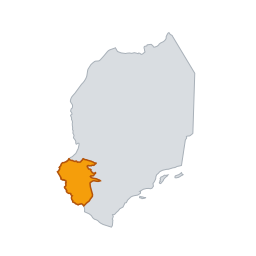 Ruvuma highlighted on a map of United Republic of Tanzania, rotated 59°
{"feature_id": "TZA-3389", "entity_name": "Ruvuma", "entity_type": "Region", "adm_level": 1, "iso_a3": "TZA", "parent_name": "United Republic of Tanzania", "parent_adm1": "", "projection": "natural_earth1", "projection_center": [36.042, -10.46], "detail": "fine", "context": "in_parent", "style": "filled", "palette": "amber", "viewbox_px": 256, "rotation_deg": 59, "n_neighbors": 0, "source": "natural_earth", "source_scale": "10m", "svg_char_len": 7262}
<svg xmlns="http://www.w3.org/2000/svg" viewBox="0 0 256 256"><g transform="rotate(59 128 128)"><path d="M101.1,176.5L98.9,175.1L96.9,174.3L95.2,173.3L94.4,172.5L92.9,172.1L91.5,172.0L90.3,171.1L87.7,170.8L87.4,170.3L87.4,169.0L86.9,168.7L86.0,168.4L85.0,168.4L84.4,168.6L84.0,168.5L83.2,167.8L82.4,166.9L82.1,165.4L80.9,164.4L79.6,163.7L75.8,163.8L75.2,163.5L74.3,162.8L73.3,161.6L72.4,160.2L71.7,158.3L70.9,155.7L66.6,145.4L66.1,143.5L65.3,141.3L63.9,138.7L62.4,136.7L60.4,135.0L58.2,133.2L57.0,132.0L54.6,127.2L54.1,124.9L53.8,122.6L53.9,121.6L55.4,118.6L55.5,117.8L55.3,116.6L54.6,114.2L53.7,111.3L51.8,106.0L51.6,104.6L51.6,103.6L52.7,98.2L52.7,97.5L57.0,97.6L60.1,95.2L62.9,91.7L63.4,90.2L64.5,88.0L65.6,86.8L66.0,86.1L66.7,83.8L68.1,82.3L69.5,81.1L69.2,80.3L69.4,80.0L70.2,79.3L71.7,78.8L72.0,77.6L72.0,76.3L71.7,75.5L71.8,74.7L71.5,74.2L70.6,74.1L69.1,73.4L67.9,73.1L67.1,72.7L66.8,72.4L66.6,71.6L67.3,69.6L66.6,68.7L68.1,65.3L68.4,64.9L69.0,64.8L69.8,64.5L70.6,64.3L71.3,64.4L71.8,64.3L72.2,63.9L72.6,62.7L72.9,60.8L72.7,59.2L72.1,58.0L71.9,56.1L72.2,53.6L72.0,51.6L71.3,49.9L70.6,48.9L69.5,48.4L67.8,45.9L67.3,44.7L67.3,43.9L67.9,43.6L69.0,43.7L70.0,43.4L71.0,42.7L71.9,42.5L72.4,42.6L115.5,42.6L165.9,75.1L166.1,75.5L166.5,78.3L166.5,79.3L165.7,80.9L165.4,81.7L165.4,82.3L165.6,82.6L166.3,82.6L166.9,83.0L167.1,83.3L167.5,84.5L168.0,85.2L187.2,101.1L187.6,101.4L187.3,102.7L186.2,105.9L186.2,107.3L185.8,108.9L185.3,109.9L184.2,114.5L183.3,116.2L182.0,120.2L181.8,123.3L182.5,125.4L182.8,127.5L184.3,129.4L185.4,130.1L186.2,131.0L187.6,133.1L188.5,135.2L191.0,136.2L192.0,138.5L191.6,140.1L190.4,141.4L189.3,143.5L188.4,146.4L188.4,150.6L189.0,150.0L190.4,151.0L190.5,154.2L189.1,157.9L188.7,159.6L188.6,161.1L189.6,165.5L191.1,167.8L191.0,168.5L190.6,169.1L193.2,173.0L193.0,176.5L194.0,179.2L194.4,181.5L195.0,183.3L195.1,184.5L194.3,185.9L196.2,186.2L197.3,187.4L197.9,188.4L199.2,188.4L200.0,189.1L201.0,189.7L203.4,191.5L204.0,192.4L204.4,193.3L197.9,199.0L195.6,200.4L193.9,201.1L192.1,201.5L190.4,202.4L188.8,203.8L186.7,204.5L184.2,204.5L181.6,205.5L177.4,208.4L175.0,206.8L173.1,206.3L170.9,206.3L169.6,206.5L169.1,206.9L168.7,207.9L168.3,209.5L166.9,211.1L164.4,212.6L162.1,213.2L160.0,212.8L158.6,212.1L157.8,211.3L156.7,210.9L155.3,210.9L153.9,211.6L152.5,212.7L150.4,213.2L147.5,213.1L145.9,212.5L145.7,211.5L144.5,210.4L142.1,209.1L140.4,209.1L139.3,210.3L138.3,211.1L137.4,211.4L136.6,211.5L135.4,211.1L132.2,211.0L129.1,211.0L128.8,209.2L128.2,208.1L127.6,207.4L126.6,207.3L126.3,206.8L125.9,205.6L125.4,204.7L124.7,203.9L124.3,203.1L124.1,202.4L124.3,201.7L124.9,199.8L125.1,198.5L125.0,197.2L124.7,195.9L123.9,194.3L124.0,193.8L123.8,192.7L123.7,191.9L123.9,191.0L123.7,189.7L123.1,187.1L123.1,186.4L122.5,185.1L120.4,182.0L120.3,181.6L117.1,178.5L115.9,177.9L115.4,178.4L115.2,179.0L115.4,180.0L115.3,180.4L115.2,180.7L114.4,180.6L113.9,180.5L112.7,179.7L111.8,179.5L109.5,179.6L108.6,179.8L108.0,179.6L106.8,178.2L105.3,177.9L104.0,177.9L101.9,176.3L101.1,176.5ZM191.3,125.0L192.4,128.3L192.3,129.0L191.5,129.4L191.1,129.4L190.7,128.9L190.3,127.7L189.8,128.0L188.8,126.6L187.9,126.6L187.0,124.9L187.4,123.5L187.2,121.1L188.2,119.8L188.8,117.8L189.4,119.2L189.6,121.4L190.5,124.0L191.3,125.0ZM196.4,104.8L196.5,105.6L196.3,106.3L196.4,108.7L196.3,110.3L195.5,112.5L194.8,113.3L194.3,113.1L193.8,112.7L193.4,112.1L194.2,108.1L193.8,105.1L195.3,105.4L196.4,104.8ZM194.2,153.7L193.5,153.9L193.2,153.7L192.7,153.0L193.5,152.4L194.3,151.3L196.1,149.7L196.9,148.4L196.8,149.7L195.8,152.4L194.9,152.6L194.2,153.7Z" fill="#d9dde1" stroke="#a8b0b8" stroke-width="1"/><path d="M124.3,195.2L124.2,195.1L124.1,194.9L124.0,194.7L123.9,194.5L123.9,194.4L124.3,194.3L124.6,194.5L125.0,194.4L125.4,194.2L126.6,193.3L127.2,192.3L128.2,191.8L129.4,190.7L129.5,189.7L129.8,189.2L130.3,189.1L130.8,189.1L131.3,188.9L131.4,188.4L132.6,186.6L132.5,185.5L131.9,184.6L132.0,183.8L131.8,183.3L131.4,182.9L131.2,182.5L131.3,182.1L131.8,181.8L132.8,181.3L134.1,179.7L135.0,179.1L136.2,177.9L136.7,177.5L137.1,177.0L137.6,176.6L138.3,176.2L138.8,175.8L139.2,175.4L139.7,175.2L140.3,175.0L141.1,174.1L142.0,173.0L141.9,173.3L141.9,173.5L142.0,173.9L142.0,175.0L142.2,175.5L142.4,176.1L142.2,176.9L141.7,177.5L141.4,178.0L141.4,178.5L141.5,178.8L141.4,179.1L140.9,179.8L140.3,180.9L140.1,181.2L139.8,181.2L139.6,181.4L139.5,182.3L140.1,182.9L142.0,182.8L142.5,182.9L143.0,182.8L143.2,182.5L143.3,182.1L143.9,181.5L144.5,181.3L144.5,181.5L144.8,181.7L145.2,181.9L146.4,181.6L147.2,181.7L148.3,181.5L148.8,181.0L149.4,180.1L149.5,179.7L149.5,178.9L149.8,178.9L150.1,179.2L150.1,179.7L150.5,180.9L151.1,182.1L150.6,183.4L149.9,184.5L150.2,185.3L151.2,185.2L152.4,184.4L153.5,183.3L154.3,182.3L155.2,181.3L156.3,180.5L156.7,180.3L158.0,179.2L159.0,178.9L158.8,179.9L158.5,180.8L157.9,181.8L156.8,183.1L155.7,184.3L155.3,185.2L155.2,186.1L155.3,187.3L155.3,188.4L155.9,189.1L159.2,190.6L166.8,192.7L167.5,193.2L167.9,193.5L168.3,193.8L168.6,194.5L168.7,194.9L168.8,195.2L169.2,195.9L169.4,196.7L169.6,197.1L169.9,197.5L170.6,198.9L171.0,202.2L172.0,205.9L171.6,205.9L170.9,206.1L170.7,206.2L170.6,206.3L170.1,206.3L169.8,206.4L169.0,206.9L168.9,207.1L168.8,207.3L168.6,208.0L168.5,208.5L168.2,209.2L168.1,209.5L168.3,209.9L168.3,210.1L168.2,210.3L168.0,210.5L167.7,210.7L166.7,211.2L166.1,211.8L165.9,212.0L165.6,212.0L165.1,212.0L164.8,212.1L164.3,212.4L164.1,212.5L163.9,212.6L163.8,212.8L163.7,213.0L163.4,213.3L163.2,213.4L162.8,213.4L162.2,213.1L161.8,212.8L161.7,212.7L161.4,212.8L161.2,212.9L160.7,213.0L160.1,212.9L158.9,212.6L158.5,212.3L158.0,211.9L157.6,211.3L157.4,210.8L157.2,211.0L155.7,211.3L155.5,211.2L155.2,211.0L154.9,211.0L154.8,210.9L154.5,211.0L153.9,211.8L153.5,212.5L153.4,212.6L152.8,212.9L152.6,213.0L152.1,213.3L151.9,213.3L151.0,213.5L150.8,213.5L150.4,213.3L150.4,213.2L150.2,212.8L150.1,212.7L148.5,212.7L148.4,212.7L148.4,212.8L147.8,212.9L147.3,213.1L147.1,213.1L146.8,212.9L146.6,212.9L146.1,213.0L145.9,212.9L145.8,212.6L145.7,212.3L145.8,212.0L145.7,211.7L145.7,211.4L145.6,211.1L145.4,210.9L145.2,210.8L145.1,210.7L144.9,210.5L144.6,210.5L144.4,210.4L143.9,210.0L143.6,209.9L143.4,209.9L143.2,210.0L142.9,209.8L142.8,209.5L142.9,209.2L142.7,208.9L142.0,208.8L141.9,208.7L141.5,208.5L141.0,208.4L140.8,208.6L140.3,209.2L140.1,209.4L139.4,209.5L139.2,209.7L139.3,210.1L139.1,210.2L139.0,210.4L138.8,210.6L138.7,211.0L137.9,211.3L137.5,211.5L137.3,211.4L137.1,211.3L136.9,211.3L136.9,211.6L136.7,211.5L136.7,211.3L136.6,211.2L136.4,211.1L136.1,211.3L135.7,211.3L135.6,211.2L135.4,211.0L134.9,211.0L129.2,211.0L129.2,210.8L129.1,210.0L129.1,209.8L129.1,209.6L129.0,209.4L128.9,209.2L128.6,208.9L128.5,208.5L128.3,208.3L128.2,208.1L128.1,207.8L127.8,207.6L127.5,207.4L126.9,207.1L126.7,207.1L126.5,207.3L126.4,207.3L126.4,207.2L126.1,206.6L126.3,206.4L126.1,206.1L125.9,205.9L125.8,205.6L125.8,205.2L125.7,205.1L125.7,204.9L125.3,204.8L125.2,204.7L125.1,204.4L124.5,203.7L124.4,203.5L124.3,203.1L124.1,202.4L124.1,202.1L124.1,201.7L124.4,201.3L124.5,201.1L124.8,200.4L124.8,199.6L125.0,198.6L124.9,198.2L125.0,198.0L125.2,197.9L125.2,197.7L124.9,197.4L124.8,197.2L125.0,196.8L125.0,196.5L124.9,196.2L124.6,195.8L124.5,195.7L124.5,195.4L124.5,195.2L124.4,195.2L124.3,195.2Z" fill="#f59e0b" stroke="#b45309" stroke-width="1.5"/></g></svg>